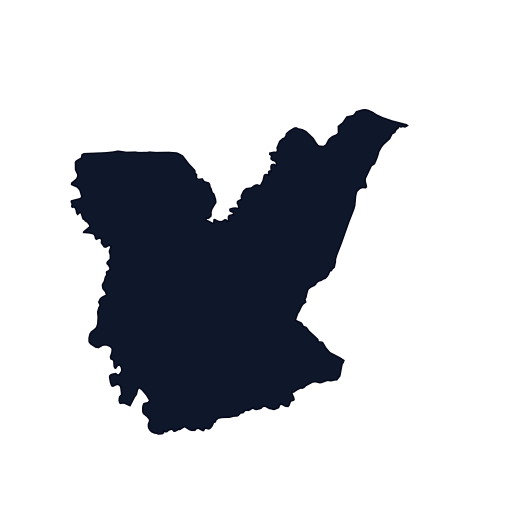 the district of Venilale, Baucau, East Timor, rotated 161°
{"feature_id": "22284137B53868942540237", "entity_name": "Venilale", "entity_type": "district", "adm_level": 2, "iso_a3": "TLS", "parent_name": "East Timor", "parent_adm1": "Baucau", "projection": "robinson", "projection_center": [126.397, -8.638], "detail": "fine", "context": "isolated", "style": "filled", "palette": "ink", "viewbox_px": 512, "rotation_deg": 161, "n_neighbors": 0, "source": "geoboundaries", "source_scale": "gbopen_adm2", "svg_char_len": 6151}
<svg xmlns="http://www.w3.org/2000/svg" viewBox="0 0 512 512"><g transform="rotate(161 256 256)"><path d="M208.2,127.0L206.9,128.6L209.8,132.3L217.7,140.6L219.9,146.1L221.2,152.4L221.8,153.1L224.7,154.3L225.3,155.4L224.7,156.3L225.2,157.9L230.5,167.8L231.5,171.3L232.1,172.4L234.2,173.9L234.8,177.2L235.2,178.1L239.1,181.8L239.4,183.0L234.9,188.6L233.6,189.4L229.6,193.5L227.5,195.1L224.0,196.3L223.9,199.1L222.2,200.7L220.4,203.8L217.8,207.5L215.0,208.7L210.1,209.3L208.7,210.0L207.9,210.9L205.2,211.9L202.2,211.8L200.4,212.3L197.7,212.4L195.4,213.6L193.6,215.0L190.9,218.1L190.0,217.6L189.1,218.0L188.2,218.9L185.8,219.8L182.9,224.5L182.0,227.0L179.1,231.1L171.6,239.9L157.3,257.9L148.4,268.4L146.2,271.6L142.4,280.1L140.8,282.8L139.6,284.3L135.9,286.1L132.9,286.1L130.1,284.8L129.1,285.4L128.8,286.8L128.5,290.7L127.9,292.9L127.1,294.1L118.0,303.4L117.1,304.0L114.7,304.4L113.8,304.9L110.2,308.9L107.4,312.5L106.2,314.5L102.4,318.0L99.4,320.0L91.4,323.5L88.0,326.9L87.1,327.4L84.6,327.7L83.1,329.3L81.4,330.3L79.9,330.7L79.1,331.6L78.3,331.9L77.6,331.6L77.0,330.8L74.9,330.7L73.2,329.5L70.3,330.0L71.1,331.2L83.8,339.6L91.5,345.7L96.2,350.2L98.7,353.5L102.6,357.2L105.2,358.8L107.9,359.4L114.1,359.7L116.9,357.6L118.4,357.1L124.8,357.9L130.4,353.7L136.0,351.7L137.8,346.0L138.6,345.0L140.7,344.2L144.8,344.0L148.5,342.7L149.5,342.1L153.5,338.3L155.8,337.6L157.0,337.7L160.7,339.4L161.6,340.6L162.5,343.2L163.7,348.6L168.3,357.4L171.1,360.3L174.8,362.5L176.2,364.0L177.8,364.4L179.2,364.2L184.0,363.1L186.9,361.9L187.8,361.2L188.1,360.2L190.5,358.2L192.5,358.2L196.3,356.6L201.0,351.2L201.0,349.3L202.0,347.9L203.1,347.3L204.9,348.2L209.4,348.8L209.9,347.6L209.1,346.7L208.5,345.2L209.3,344.6L210.2,343.0L209.0,340.9L207.9,340.4L206.7,338.9L206.5,337.7L206.6,336.2L207.0,335.4L208.0,335.6L209.7,337.0L211.6,337.1L212.8,335.6L213.8,331.8L214.2,331.2L215.3,331.9L216.4,331.7L217.1,330.4L217.2,329.3L217.9,328.6L220.2,329.9L221.0,329.9L222.0,329.4L224.8,324.9L228.3,321.5L229.1,321.3L230.4,321.7L231.7,322.9L233.6,323.1L235.4,322.8L238.2,321.8L243.3,322.8L246.6,321.4L250.4,317.5L250.8,315.3L251.4,314.3L255.6,313.6L256.5,312.1L256.2,310.5L256.3,308.1L256.7,307.3L257.3,306.9L258.0,307.0L260.2,308.2L262.4,308.7L265.3,308.8L265.8,307.9L265.6,306.5L263.5,305.0L263.5,303.1L263.9,302.5L268.1,303.0L269.3,302.1L270.6,298.2L271.3,298.0L272.0,298.5L272.3,299.5L273.5,300.4L276.7,299.6L279.3,300.3L281.3,301.8L283.1,303.9L283.9,303.9L285.3,300.7L286.0,300.6L290.0,304.8L291.4,305.9L291.5,307.2L290.4,307.7L288.4,307.2L285.7,308.4L285.0,309.7L284.5,311.8L282.5,314.8L276.6,319.7L275.9,322.5L275.7,327.0L275.8,328.6L276.8,330.0L276.6,334.3L277.0,335.9L276.6,339.1L277.1,340.5L280.5,342.9L281.3,344.2L281.6,346.3L285.3,347.1L286.7,348.2L286.7,349.7L285.7,352.4L286.9,354.3L286.4,355.0L286.1,356.4L286.3,357.4L289.7,364.9L292.9,374.5L296.4,378.3L297.7,379.3L305.0,382.4L317.2,386.4L322.9,388.9L325.0,389.2L333.8,392.1L336.1,393.4L344.7,396.1L352.4,400.1L357.0,400.7L364.7,402.5L385.3,408.7L387.6,408.3L389.1,405.5L394.9,404.3L396.2,403.4L398.5,396.4L398.0,391.5L398.3,389.8L399.4,388.3L401.0,387.0L406.6,384.9L407.1,383.6L402.6,379.5L401.5,377.1L401.0,375.3L401.3,369.4L401.6,368.7L402.2,367.9L404.0,367.5L412.5,368.2L413.1,367.3L412.8,365.2L414.1,362.9L413.8,361.9L412.9,361.9L411.3,360.9L411.0,358.3L411.5,355.1L411.1,353.4L408.3,354.6L407.3,353.6L407.4,347.4L406.1,345.9L406.0,344.8L404.3,343.0L403.2,339.4L403.4,338.2L403.9,337.6L410.7,335.1L411.3,334.4L406.2,332.2L403.2,330.4L402.0,329.2L401.7,326.6L402.0,324.9L401.5,323.8L398.5,324.0L397.3,323.4L396.9,322.7L396.7,321.4L397.9,318.8L396.5,314.0L395.1,313.3L391.4,314.0L390.2,312.7L390.3,311.7L393.2,308.0L393.4,304.3L394.8,300.4L398.0,299.0L399.2,297.9L399.2,296.9L398.5,295.7L397.8,292.1L398.7,290.8L400.1,289.9L402.3,289.7L402.8,288.9L403.0,287.4L403.9,286.1L405.3,285.0L407.7,281.3L409.9,279.5L410.7,278.5L411.3,275.6L411.1,274.2L410.0,271.5L409.9,268.1L410.5,267.6L413.9,267.3L416.9,266.4L419.7,263.6L419.3,260.5L420.1,259.3L421.4,258.2L423.9,254.6L425.2,249.3L427.8,243.2L430.0,240.3L432.7,239.0L436.4,237.8L438.4,236.2L440.6,232.7L441.7,229.2L441.0,226.9L437.2,222.0L434.7,220.7L430.3,221.6L428.7,221.4L426.0,220.4L423.9,218.6L422.5,216.6L422.2,214.9L422.6,213.9L423.8,211.4L426.4,208.1L426.6,206.9L426.6,205.9L425.0,204.5L424.6,203.0L426.1,197.5L425.7,195.7L425.0,195.7L422.9,197.4L420.8,197.5L420.2,196.9L419.6,195.1L419.8,192.5L420.4,191.1L421.4,190.0L424.2,188.2L425.7,188.6L426.9,190.5L430.4,191.0L432.3,190.8L433.1,190.4L433.9,189.0L434.7,183.9L434.7,180.7L434.3,179.8L433.5,179.5L429.5,179.9L428.5,179.6L427.0,178.3L426.7,177.1L426.6,175.5L428.1,168.7L430.8,167.2L431.5,166.0L432.5,163.8L432.6,161.4L432.1,160.8L430.5,160.6L428.1,159.6L423.9,155.5L416.9,162.2L414.3,164.0L411.7,168.0L410.1,169.5L408.9,169.2L407.1,166.3L404.8,160.3L403.8,155.8L403.6,154.6L403.8,153.7L405.8,152.5L409.5,152.9L410.3,152.7L411.8,150.8L412.8,148.6L413.7,145.6L413.6,143.6L411.2,139.8L410.0,136.8L410.1,134.8L412.5,132.0L413.2,129.9L413.4,128.2L412.8,125.5L411.8,123.7L409.7,121.7L407.5,120.6L406.4,119.5L402.4,118.5L401.0,119.0L400.3,120.7L398.5,119.1L397.3,119.0L395.3,119.8L392.1,119.8L391.4,119.1L390.6,117.0L389.7,116.7L385.7,117.3L384.5,116.8L379.3,118.0L378.5,117.4L375.5,113.6L373.8,112.2L370.6,111.1L369.0,112.0L366.8,112.2L363.3,108.4L362.4,108.0L360.6,109.7L358.8,109.2L357.3,108.0L356.0,107.9L353.7,109.0L351.6,110.9L351.0,111.9L350.0,112.5L348.5,112.4L347.4,113.9L344.6,115.0L340.5,114.4L333.6,112.2L329.4,111.9L325.7,110.9L324.7,111.1L321.9,112.6L319.3,112.1L316.2,113.7L313.1,112.4L309.3,113.2L308.2,113.0L306.5,111.2L305.4,110.7L302.1,110.4L300.7,110.5L298.8,111.5L296.8,111.2L295.8,110.6L292.8,107.3L291.2,106.6L289.6,105.3L288.4,105.0L284.0,105.3L282.6,107.1L281.0,108.0L279.2,106.8L277.9,105.2L276.7,104.2L274.7,103.3L273.3,104.2L270.9,107.2L269.8,107.5L267.5,107.4L266.7,107.9L266.5,110.2L266.9,114.2L265.8,115.6L264.7,115.1L260.8,116.2L256.9,116.7L255.4,116.0L253.5,116.1L251.4,117.2L243.3,118.5L240.2,117.6L237.3,115.6L235.8,115.1L229.4,115.2L228.3,114.9L225.7,113.6L221.8,113.2L220.0,112.6L215.8,115.3L209.9,125.7L208.2,127.0Z" fill="#0f172a" stroke="#020617" stroke-width="1.5"/></g></svg>